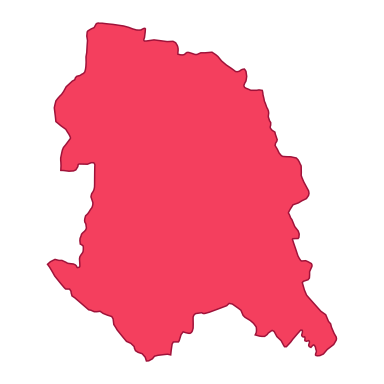 Son La, Son La, Vietnam (Equal Earth projection)
{"feature_id": "81297802B47097666741506", "entity_name": "Son La", "entity_type": "district", "adm_level": 2, "iso_a3": "VNM", "parent_name": "Vietnam", "parent_adm1": "Son La", "projection": "equal_earth", "projection_center": [103.913, 21.343], "detail": "fine", "context": "isolated", "style": "filled", "palette": "rose", "viewbox_px": 384, "rotation_deg": 0, "n_neighbors": 0, "source": "geoboundaries", "source_scale": "gbopen_adm2", "svg_char_len": 5317}
<svg xmlns="http://www.w3.org/2000/svg" viewBox="0 0 384 384"><path d="M301.3,172.5L301.2,168.0L301.2,166.9L301.0,165.5L300.2,164.1L299.4,162.2L298.1,159.9L296.3,158.0L290.8,156.8L286.5,156.7L282.6,156.4L281.1,155.4L280.3,154.4L279.1,153.0L277.3,149.2L275.1,145.5L275.6,143.0L276.7,141.5L277.2,139.7L276.7,138.2L275.3,134.1L274.9,132.1L272.1,130.3L270.6,128.5L270.2,127.5L270.2,126.7L270.6,125.5L270.7,124.3L270.7,122.5L269.6,120.9L269.0,119.0L268.3,116.9L268.4,115.2L268.7,113.1L268.4,110.9L267.6,108.9L266.7,107.3L265.4,103.5L264.4,101.2L263.9,98.5L263.0,94.7L262.8,92.7L262.5,91.2L262.3,90.4L259.0,89.9L256.7,90.3L250.8,90.3L248.4,89.2L245.9,88.2L244.6,87.4L244.0,86.2L243.9,85.3L244.9,82.8L245.8,81.4L246.2,79.8L246.7,76.4L246.0,71.5L245.3,70.2L244.3,69.0L242.3,69.4L241.0,70.0L239.4,71.2L237.5,71.7L235.7,71.6L231.4,68.4L226.3,65.0L221.5,60.9L217.9,56.5L215.9,54.8L212.0,52.2L205.0,52.8L200.8,52.8L197.0,54.5L195.1,54.5L191.9,53.4L188.6,52.4L187.1,52.4L185.5,53.4L184.6,54.4L183.0,54.9L181.4,54.9L180.3,54.8L179.6,54.6L177.9,54.2L177.9,52.3L178.1,50.7L178.1,48.8L177.8,47.0L177.3,45.5L175.6,42.7L173.0,41.3L167.2,41.6L159.7,40.6L154.0,39.9L146.3,41.0L144.4,41.0L143.9,40.5L143.8,39.5L144.5,37.5L145.2,31.9L145.3,30.2L145.4,28.9L145.0,28.4L144.2,28.3L142.4,29.1L141.1,29.9L139.4,30.1L136.6,30.0L132.7,28.9L128.8,27.4L123.7,26.0L113.0,24.4L106.9,23.8L102.0,23.2L99.0,23.2L98.2,23.0L96.4,23.6L95.5,25.1L94.9,26.2L94.1,27.6L91.2,28.9L88.0,30.8L87.2,31.9L86.8,36.1L87.5,40.5L87.1,45.9L86.8,51.6L86.8,52.2L86.0,56.8L86.1,62.4L85.9,66.3L85.5,69.2L84.8,71.9L83.5,73.4L81.5,74.4L80.2,75.4L76.8,76.3L75.5,77.6L74.7,79.8L72.3,81.1L69.2,84.0L66.2,86.7L63.6,91.5L61.5,94.5L60.2,95.7L57.8,98.4L55.9,100.9L55.0,104.5L54.3,107.8L55.2,115.1L55.3,115.9L55.9,121.6L56.5,122.1L57.5,122.9L60.7,125.6L65.8,129.3L67.7,132.4L68.9,134.2L69.9,136.2L70.4,137.4L70.4,138.5L69.6,139.5L65.6,144.9L63.5,147.4L62.4,150.0L61.7,153.0L61.2,155.5L60.7,157.9L60.7,160.2L60.9,162.5L61.0,165.8L60.8,170.4L63.5,170.5L69.0,171.2L73.5,170.9L75.8,169.9L77.8,166.7L78.2,164.5L79.2,164.0L87.5,164.2L91.2,162.7L93.5,162.7L94.0,163.0L94.5,163.8L94.9,165.0L94.8,166.5L94.7,171.5L94.6,181.6L94.6,183.9L94.5,187.1L94.0,189.6L93.2,191.4L91.7,193.7L91.4,194.7L91.0,196.5L91.0,197.0L91.6,198.7L92.9,202.7L92.8,204.7L92.4,206.3L91.8,207.8L90.7,209.2L89.1,211.8L87.7,213.8L85.6,215.8L84.9,218.3L84.6,220.3L84.8,222.0L85.8,223.8L86.0,225.0L86.4,228.1L85.7,229.9L84.4,231.4L83.2,232.4L82.2,233.4L81.5,234.3L81.0,236.1L80.1,238.3L79.9,240.4L80.0,241.6L80.3,244.1L81.1,244.4L83.1,245.9L83.3,247.0L83.3,249.5L83.1,251.5L82.5,252.8L80.9,255.0L80.2,256.2L79.8,257.0L79.5,258.8L79.6,260.9L79.7,262.2L79.8,263.7L79.8,264.4L79.9,265.2L79.8,265.9L79.8,266.5L79.6,266.9L79.2,267.2L77.8,267.6L77.3,267.6L77.1,267.4L76.2,265.7L75.2,264.8L73.4,264.0L70.9,263.7L67.7,263.3L65.8,262.2L61.9,260.4L58.9,260.4L55.0,259.4L50.4,261.7L47.5,264.3L49.5,267.0L52.6,272.2L54.7,276.0L60.9,283.7L64.2,287.6L65.6,289.0L69.6,289.1L71.0,291.3L71.2,293.1L71.6,294.4L72.0,295.9L74.8,297.8L88.7,309.8L90.8,310.2L94.2,311.7L96.9,311.7L100.1,311.3L100.4,311.5L103.1,313.4L107.3,315.1L111.7,316.5L113.1,318.8L113.8,324.5L115.8,327.6L117.2,330.0L123.4,337.7L126.5,341.4L130.8,343.3L133.2,345.6L134.2,346.6L134.4,348.1L135.5,350.7L138.0,352.3L142.2,353.7L145.2,357.2L146.4,361.0L146.6,361.0L148.8,360.8L152.4,358.8L154.5,356.2L157.9,355.3L163.7,354.6L167.5,354.2L170.7,354.9L171.2,350.3L172.1,344.1L173.3,342.0L175.5,341.9L178.4,341.9L179.1,340.9L179.8,338.7L181.1,334.5L183.2,331.8L183.6,332.0L185.8,332.7L188.6,333.3L190.0,333.3L190.9,332.8L191.5,332.3L192.3,331.0L193.1,328.2L193.2,324.1L193.1,319.9L193.1,317.1L193.8,315.2L195.5,313.6L201.6,312.7L203.2,313.5L204.7,313.5L209.4,312.2L218.8,308.7L226.7,305.7L228.2,304.2L229.1,303.4L232.3,304.0L238.0,308.0L240.9,310.2L243.1,315.4L245.0,317.3L250.3,320.5L253.5,323.3L256.2,326.9L256.4,328.3L256.5,330.2L256.3,332.5L255.2,334.9L259.5,336.1L262.0,336.4L264.6,336.4L267.1,334.6L268.3,333.0L271.0,331.1L272.1,330.4L274.1,331.4L276.9,336.6L281.1,340.6L283.5,345.1L284.5,346.7L286.4,346.7L290.6,342.2L292.8,339.2L297.5,333.7L299.4,331.6L299.9,330.9L300.8,330.1L302.1,330.2L302.4,330.7L302.4,332.3L301.7,334.9L301.8,335.8L302.8,336.8L303.6,337.0L304.3,336.8L304.6,336.8L305.0,337.9L304.9,339.3L304.8,340.1L304.9,340.7L306.4,341.3L308.0,340.8L308.7,340.6L309.1,341.0L309.4,341.8L309.4,342.9L308.8,344.3L308.7,345.7L309.4,346.7L310.9,347.4L312.4,345.7L313.4,344.9L314.1,345.1L315.3,346.7L315.8,349.1L316.4,350.9L316.3,352.0L315.6,353.9L315.5,355.0L316.0,355.5L317.4,355.8L319.9,355.6L320.3,355.4L323.4,354.0L327.2,349.5L333.7,344.5L336.2,340.2L336.5,338.8L336.2,337.0L334.1,333.4L331.5,327.3L330.6,323.8L328.5,321.4L325.7,314.7L320.8,311.2L310.8,300.0L306.6,295.2L304.4,290.0L302.3,282.6L303.4,281.3L308.1,279.7L309.4,278.0L309.6,275.0L309.6,271.7L310.7,269.1L311.9,266.5L312.0,265.0L311.4,263.6L308.4,261.9L305.7,260.7L301.6,261.0L300.7,260.5L299.4,258.6L297.9,255.8L295.8,249.4L293.6,243.0L292.4,239.2L292.8,238.7L298.1,238.5L298.9,237.4L299.2,234.0L298.2,231.0L294.7,226.5L291.9,219.6L290.7,218.0L289.3,214.5L288.4,213.0L288.6,212.2L290.2,209.2L293.0,204.8L298.4,202.9L302.0,200.7L306.4,198.6L307.5,197.0L308.5,195.6L309.0,193.4L308.6,190.9L307.3,188.5L303.7,181.8L301.9,177.5L301.2,175.4L301.3,172.5Z" fill="#f43f5e" stroke="#9f1239" stroke-width="1.5"/></svg>